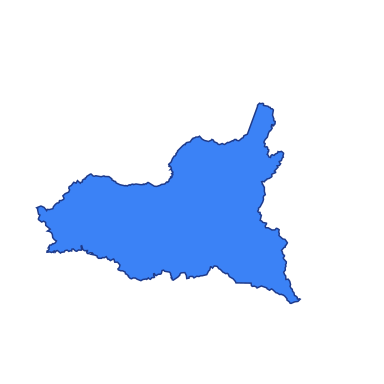 Pacaraima, Roraima, Brazil (Albers equal-area conic projection), rotated 111°
{"feature_id": "56859067B85330380756013", "entity_name": "Pacaraima", "entity_type": "district", "adm_level": 2, "iso_a3": "BRA", "parent_name": "Brazil", "parent_adm1": "Roraima", "projection": "albers", "projection_center": [-60.858, 4.166], "detail": "fine", "context": "isolated", "style": "filled", "palette": "blue", "viewbox_px": 384, "rotation_deg": 111, "n_neighbors": 0, "source": "geoboundaries", "source_scale": "gbopen_adm2", "svg_char_len": 6082}
<svg xmlns="http://www.w3.org/2000/svg" viewBox="0 0 384 384"><g transform="rotate(111 192 192)"><path d="M262.4,331.4L263.0,329.9L263.7,329.9L267.7,327.3L268.0,325.7L272.2,325.8L272.8,325.4L273.9,321.6L272.4,320.0L272.8,317.8L275.6,316.6L277.5,311.1L280.3,313.0L279.9,311.0L280.4,308.6L281.8,307.1L284.5,305.7L285.9,303.3L286.3,301.0L288.5,301.4L290.1,302.9L290.1,303.5L291.9,304.4L292.4,305.7L295.5,306.2L295.1,305.5L296.8,304.9L298.4,305.5L299.1,306.2L300.2,305.8L298.8,303.1L298.9,301.6L298.0,300.7L298.0,299.7L296.6,299.7L296.3,299.2L297.4,298.2L295.3,297.4L294.9,296.7L296.1,292.8L295.1,292.3L293.7,289.7L292.3,289.6L291.3,288.2L291.0,287.5L291.6,285.7L290.4,284.5L290.2,283.2L288.4,283.6L287.7,282.4L288.8,279.7L288.6,278.3L286.8,277.2L286.1,274.6L285.3,274.3L282.2,276.2L281.7,275.7L284.6,273.5L285.0,272.7L285.3,271.3L284.1,268.6L284.7,268.4L285.7,268.9L286.8,267.8L286.8,266.9L285.1,265.2L284.6,263.2L285.1,262.4L286.3,263.7L285.7,260.0L285.8,257.6L286.9,257.0L287.4,255.5L286.3,252.6L285.3,252.2L284.8,250.3L283.1,248.9L285.0,246.4L284.6,245.6L285.3,243.6L282.7,241.4L282.8,240.7L285.2,239.0L284.2,236.3L286.0,233.1L288.5,232.8L290.4,233.6L291.1,232.9L291.1,230.3L290.4,228.6L290.7,225.8L292.3,224.7L292.1,223.9L293.0,221.3L293.7,221.2L294.8,218.7L294.7,217.3L293.4,216.3L292.6,213.9L293.1,212.1L293.1,207.9L291.3,206.5L289.6,203.5L289.8,202.9L287.9,202.0L288.4,200.9L288.4,199.5L286.3,198.7L285.5,196.8L284.8,196.5L283.6,197.9L282.1,198.5L281.7,197.9L282.8,196.4L282.9,195.5L280.9,194.0L280.1,192.1L279.2,191.4L276.0,191.8L275.1,190.5L275.8,189.1L274.8,184.2L275.8,182.7L276.9,182.3L278.0,181.0L279.3,180.9L279.9,180.3L279.5,179.8L281.0,179.0L281.0,177.9L276.5,174.7L274.0,173.6L273.2,173.9L271.4,173.2L269.8,169.8L272.0,167.3L274.7,165.9L273.5,163.9L272.3,164.2L271.4,163.3L270.6,161.1L271.5,159.4L269.0,157.4L268.4,155.2L267.0,153.8L266.7,152.7L263.9,148.6L260.0,148.2L258.4,147.5L255.2,147.9L255.0,147.3L255.7,145.6L253.1,144.7L252.7,143.3L252.5,141.6L254.0,139.5L254.1,137.8L255.9,134.0L255.7,133.4L256.2,131.4L255.3,129.8L255.5,129.0L257.6,126.8L258.3,122.4L260.0,119.4L261.1,118.4L255.9,104.2L258.1,103.0L258.5,101.9L257.5,99.9L257.7,97.5L258.3,96.9L254.9,93.6L254.7,87.9L255.4,87.3L255.9,84.4L254.0,83.1L254.1,82.0L256.0,77.4L255.7,76.3L256.3,73.5L255.4,71.7L255.7,70.9L255.4,70.4L255.9,68.2L257.6,65.1L258.8,64.7L259.7,61.7L260.7,60.5L260.5,59.6L257.7,56.7L256.2,53.9L253.3,52.6L253.2,53.5L254.0,54.6L254.0,55.4L252.6,56.0L251.9,57.8L251.9,59.2L249.3,60.9L248.8,62.4L246.8,63.6L246.5,64.9L244.9,66.7L243.1,66.8L240.3,68.8L238.9,70.9L240.0,73.0L236.7,74.5L235.9,76.0L234.0,77.7L231.4,76.9L229.3,77.9L227.6,77.7L226.4,78.6L225.0,78.4L223.4,78.9L221.4,82.8L220.7,83.2L218.9,82.7L218.0,83.0L218.0,83.8L216.9,85.5L215.7,86.0L214.5,87.5L211.0,86.3L210.0,85.2L208.5,85.6L207.8,85.1L205.3,84.7L204.8,85.3L202.9,88.2L203.3,90.4L201.5,95.2L199.3,95.7L198.4,96.7L196.0,97.1L195.5,99.1L195.7,100.3L197.7,101.0L198.8,103.8L198.1,107.9L198.9,110.5L197.5,111.5L195.0,111.0L194.4,111.3L195.0,115.0L194.1,116.6L194.1,118.2L188.8,118.9L188.4,120.6L187.2,120.7L186.6,121.4L187.2,122.6L186.3,123.8L184.8,123.5L183.2,124.1L181.5,123.1L176.0,122.4L173.3,122.6L171.3,123.6L169.9,123.6L168.3,122.6L165.6,124.6L161.5,126.2L161.3,127.0L160.1,127.8L159.7,129.0L159.0,129.2L157.5,130.7L156.9,130.0L156.5,128.0L155.0,127.8L153.8,126.7L152.9,126.6L151.6,124.7L149.4,123.1L148.6,123.0L147.2,123.9L146.5,123.6L143.9,120.9L143.4,121.1L142.9,122.6L138.1,120.6L137.1,121.9L135.9,119.9L133.8,119.4L133.4,120.7L132.3,121.5L130.6,119.8L128.0,120.0L126.7,119.2L125.9,120.0L123.5,120.2L122.9,120.5L122.0,123.0L123.4,125.2L123.4,126.2L125.1,126.2L126.6,127.8L128.4,128.5L128.5,130.6L129.0,130.9L129.6,131.3L131.6,131.1L131.7,132.8L130.3,134.1L129.9,135.3L128.0,135.1L127.3,135.5L126.7,135.0L125.1,135.5L125.0,136.5L123.2,137.6L122.9,138.4L123.5,139.1L123.6,140.6L120.5,141.1L120.3,142.4L119.0,142.8L116.8,142.5L113.8,141.3L109.9,141.7L107.3,141.5L106.8,140.7L103.8,140.0L103.1,140.5L102.9,141.3L100.6,141.7L100.3,141.2L101.3,140.0L100.6,139.4L99.4,139.6L98.8,138.9L96.3,139.6L96.2,141.0L95.4,141.7L94.5,141.7L91.4,144.4L86.3,145.4L85.6,146.7L85.9,148.5L85.0,149.3L85.2,150.8L84.7,151.8L85.6,156.3L84.1,156.8L83.8,157.6L84.9,159.5L84.9,160.8L87.4,161.9L88.9,161.5L118.2,161.0L120.8,163.7L123.0,163.7L124.0,164.8L127.0,166.3L127.5,167.0L127.7,168.9L127.2,169.7L127.8,171.2L129.4,171.8L129.6,172.6L132.6,175.3L133.0,176.6L135.7,178.4L136.1,179.0L135.9,181.2L137.8,183.1L138.1,184.6L137.2,186.3L137.2,189.3L135.9,190.7L135.8,192.3L136.5,192.4L138.9,194.7L139.4,198.9L139.0,201.5L137.2,205.0L138.4,205.9L139.4,208.2L140.2,208.6L141.5,210.4L142.3,210.3L142.6,210.9L145.9,211.7L147.7,214.6L148.6,215.2L150.1,215.3L150.0,215.9L152.0,217.2L158.8,220.2L159.4,219.9L162.2,220.7L162.7,220.2L164.4,220.7L164.9,221.5L168.0,222.2L171.4,222.2L174.5,223.7L175.3,222.8L176.3,222.7L176.3,222.0L175.5,222.0L176.5,220.3L177.3,219.8L178.8,220.3L178.2,219.4L179.7,218.2L180.2,217.0L180.9,216.8L181.9,217.5L182.0,216.6L182.7,216.1L183.2,216.8L185.0,216.1L185.6,217.4L186.3,217.2L186.4,216.7L188.2,217.8L190.4,217.5L190.9,218.1L191.7,218.1L191.8,219.3L194.3,220.3L195.9,223.3L197.1,224.1L199.4,226.9L200.1,229.2L198.8,236.2L199.2,237.0L200.7,237.4L201.1,238.6L202.3,239.5L202.0,240.2L203.0,241.1L203.6,242.7L204.6,247.2L206.0,249.2L205.8,250.0L206.7,251.4L207.8,252.1L207.6,252.7L208.3,253.7L209.6,254.6L209.7,256.2L210.2,256.6L211.0,261.8L210.7,266.0L209.6,267.2L210.0,268.6L209.5,269.2L209.4,271.1L208.4,271.6L207.4,275.1L208.8,279.1L208.5,279.9L210.3,282.3L211.3,287.6L212.3,288.9L212.5,290.0L211.4,292.5L211.7,293.3L215.2,295.9L216.4,295.9L217.2,296.7L218.3,296.5L218.7,297.5L220.2,298.5L221.9,298.0L222.7,299.1L223.8,299.4L222.4,303.0L225.2,303.4L225.3,305.9L229.2,307.0L231.0,308.6L232.6,308.4L233.9,307.0L236.3,307.1L239.0,309.8L241.9,311.2L243.6,309.3L244.8,309.2L246.9,311.0L247.4,312.5L248.2,312.7L249.2,312.2L250.2,312.9L250.5,313.9L252.4,315.1L255.4,316.1L257.4,315.9L259.5,318.8L260.1,320.9L261.5,321.0L259.4,324.5L259.2,327.3L259.3,328.1L262.4,331.4Z" fill="#3b82f6" stroke="#1e3a8a" stroke-width="1.5"/></g></svg>